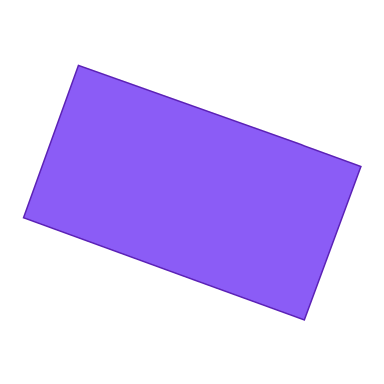 the district of Jerauld, South Dakota, United States of America, rotated 200°
{"feature_id": "52423323B74186214506523", "entity_name": "Jerauld", "entity_type": "district", "adm_level": 2, "iso_a3": "USA", "parent_name": "United States of America", "parent_adm1": "South Dakota", "projection": "robinson", "projection_center": [-98.691, 44.066], "detail": "fine", "context": "isolated", "style": "filled", "palette": "violet", "viewbox_px": 384, "rotation_deg": 200, "n_neighbors": 0, "source": "geoboundaries", "source_scale": "gbopen_adm2", "svg_char_len": 265}
<svg xmlns="http://www.w3.org/2000/svg" viewBox="0 0 384 384"><g transform="rotate(200 192 192)"><path d="M156.1,110.1L42.7,110.2L42.0,273.7L102.1,273.7L105.5,273.9L342.0,272.1L341.5,110.2L156.1,110.1Z" fill="#8b5cf6" stroke="#5b21b6" stroke-width="1.5"/></g></svg>